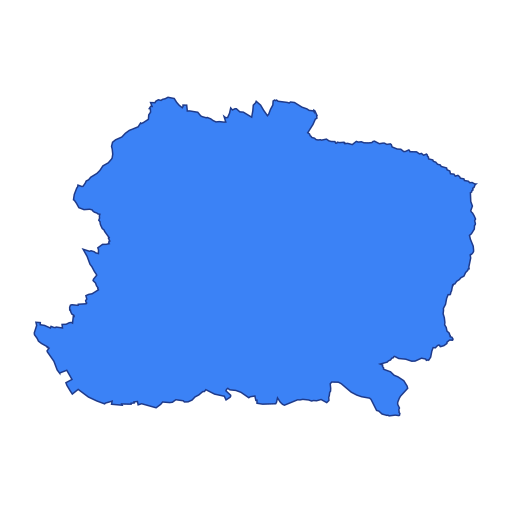 outline of Ciucsangeorgiu, Harghita, Romania, rotated 3°
{"feature_id": "2599482B775489854413", "entity_name": "Ciucsangeorgiu", "entity_type": "district", "adm_level": 2, "iso_a3": "ROU", "parent_name": "Romania", "parent_adm1": "Harghita", "projection": "mercator", "projection_center": [26.04, 46.348], "detail": "fine", "context": "isolated", "style": "filled", "palette": "blue", "viewbox_px": 512, "rotation_deg": 3, "n_neighbors": 0, "source": "geoboundaries", "source_scale": "gbopen_adm2", "svg_char_len": 6041}
<svg xmlns="http://www.w3.org/2000/svg" viewBox="0 0 512 512"><g transform="rotate(3 256 256)"><path d="M85.4,398.5L96.0,405.6L104.6,409.1L112.6,411.6L113.2,410.8L119.9,408.5L119.5,411.6L130.2,412.0L129.6,410.8L139.0,410.5L138.9,409.6L142.1,409.1L141.8,408.1L145.2,407.5L146.1,410.8L149.5,409.5L164.2,412.8L168.6,409.1L170.4,406.7L177.6,406.9L180.2,406.4L183.5,403.7L191.0,404.4L192.1,405.5L195.8,405.2L199.7,403.2L202.5,399.9L206.2,397.7L209.9,394.2L211.6,394.0L212.9,392.1L221.9,396.1L231.7,397.7L233.6,401.3L237.5,398.4L238.0,397.5L238.0,396.4L233.0,392.2L233.6,390.7L234.8,389.6L236.8,391.0L242.9,391.3L248.1,392.9L256.2,397.9L257.8,396.8L262.2,395.9L263.4,400.2L264.5,400.0L264.7,403.0L270.3,403.6L283.4,402.5L284.1,401.1L284.9,396.6L287.9,400.7L290.2,402.7L292.2,403.5L305.1,397.4L307.5,397.4L310.2,396.7L316.1,397.0L319.1,397.9L321.0,397.3L324.0,397.4L328.5,395.9L334.3,398.7L336.4,396.4L336.0,393.4L336.5,391.6L336.7,388.4L337.5,387.1L337.5,384.2L336.8,379.7L338.3,377.9L344.9,377.7L347.9,379.1L358.2,387.0L363.9,389.6L368.8,391.0L376.9,392.0L378.4,393.2L384.5,403.9L386.7,404.4L390.1,407.2L395.0,408.3L396.1,408.1L397.3,408.7L403.4,407.6L407.0,407.9L407.6,407.6L407.9,405.7L406.9,404.5L407.1,403.6L406.6,402.1L407.2,400.3L405.2,396.6L405.2,394.5L406.6,390.4L407.7,388.3L414.4,380.2L413.7,378.0L410.2,372.9L409.3,372.3L404.0,369.2L400.2,367.9L396.4,364.6L389.9,362.6L389.2,362.2L389.3,361.1L388.1,359.7L388.2,358.3L385.7,357.4L392.6,355.1L393.8,353.7L395.8,352.8L396.9,351.0L398.4,350.4L399.0,349.2L399.7,349.0L403.9,350.9L410.9,351.2L417.0,352.9L420.4,352.6L426.6,349.4L430.8,350.0L431.6,351.3L433.4,350.7L433.9,351.0L435.7,347.9L436.6,341.6L437.7,338.2L439.9,338.3L441.9,336.0L443.0,335.4L444.0,335.5L444.6,336.8L445.0,336.9L448.3,335.7L451.2,333.4L451.2,332.1L453.7,329.8L456.6,329.8L456.5,329.2L457.1,328.7L455.9,326.9L454.1,326.4L454.1,325.1L453.4,324.5L453.1,323.0L450.6,320.9L449.7,317.4L448.0,314.9L448.1,312.5L447.3,307.8L445.9,303.9L446.1,300.5L445.9,298.5L447.8,294.3L448.6,288.3L449.9,284.5L451.7,284.5L452.3,283.6L452.3,282.5L453.1,280.5L453.8,275.4L454.0,275.7L454.8,273.8L456.0,273.5L457.7,270.8L460.3,268.9L461.7,267.0L464.7,265.2L466.2,261.5L468.1,259.4L468.7,257.7L469.5,257.6L469.1,255.8L470.5,246.7L469.8,243.7L470.2,243.2L471.0,243.2L472.4,241.4L473.0,240.2L473.0,238.8L472.4,234.8L469.2,228.0L468.1,224.2L469.9,222.6L472.6,217.7L472.6,214.2L473.3,213.2L473.4,212.2L472.5,209.3L473.3,207.6L471.7,204.4L470.1,201.9L468.6,200.6L468.1,199.5L469.5,194.8L467.6,190.3L466.8,181.6L468.0,180.8L468.2,179.3L469.2,178.7L468.9,177.0L470.1,176.2L471.1,173.3L471.9,172.6L470.7,172.6L468.0,171.3L465.6,171.6L464.1,170.2L460.2,169.7L459.6,168.1L456.0,167.6L455.2,166.2L453.4,164.9L450.8,165.8L449.4,163.9L445.9,163.7L445.1,161.0L442.3,159.9L441.7,158.1L436.3,156.9L435.2,155.4L432.5,154.9L430.6,152.9L428.2,152.2L427.5,150.8L423.3,150.0L423.0,148.1L422.1,147.6L421.8,146.2L420.9,145.3L418.1,146.6L415.9,144.9L413.9,145.5L410.9,143.6L404.3,143.8L403.6,142.4L403.0,142.1L399.7,143.8L398.1,144.0L395.0,141.8L391.5,141.8L386.2,140.0L385.3,137.7L384.3,137.0L380.8,137.7L378.4,136.6L377.0,136.6L373.3,137.4L368.3,135.1L366.9,135.5L365.7,136.7L362.4,137.2L357.9,137.3L355.2,136.4L352.2,136.9L350.2,136.3L346.3,139.7L341.6,138.7L338.8,139.2L338.2,138.6L338.5,138.1L337.9,137.8L333.4,138.4L331.3,138.1L330.7,139.1L329.8,139.2L328.8,137.6L325.1,137.7L322.8,137.2L320.2,135.6L315.2,136.9L314.3,136.5L311.9,136.9L309.8,136.6L308.3,135.3L305.5,134.7L304.6,133.5L303.9,133.2L303.0,131.3L301.2,130.2L306.0,121.7L308.1,116.2L309.6,115.2L309.2,112.8L309.6,112.6L307.2,108.0L306.2,107.4L306.3,108.7L305.9,108.1L301.4,107.8L299.1,106.4L294.2,105.0L286.4,100.7L282.4,100.4L281.1,101.5L279.2,101.0L269.9,100.3L268.4,99.2L267.3,99.8L266.4,99.3L265.0,100.3L264.9,104.4L262.8,108.8L261.3,113.6L260.1,115.3L256.0,110.1L252.7,105.1L248.1,101.5L247.6,103.0L245.4,105.5L245.2,111.3L244.4,117.6L235.8,113.0L232.3,112.9L228.7,110.0L227.4,110.0L224.8,111.4L223.0,109.5L222.1,114.8L220.4,119.2L218.5,119.5L216.8,118.3L218.8,123.8L216.9,124.0L212.4,123.7L209.0,124.2L205.9,122.9L203.6,121.4L200.0,120.2L199.1,120.6L194.8,119.6L193.4,118.9L190.3,115.5L182.3,114.6L179.8,114.8L178.9,109.0L175.2,109.1L175.3,110.5L174.6,111.8L171.4,109.5L168.7,106.7L166.1,103.0L159.8,102.1L157.1,103.7L154.4,104.5L153.0,105.6L150.3,105.1L147.8,106.7L147.1,108.2L142.7,108.3L144.4,112.1L143.0,112.1L141.7,114.4L142.8,114.6L143.2,117.8L141.5,120.7L141.4,125.1L136.5,128.7L134.5,129.7L133.8,129.2L131.5,133.2L122.9,137.2L119.2,140.2L115.8,144.2L109.7,147.3L106.8,149.9L106.0,154.1L106.8,156.7L107.6,161.8L107.2,165.7L106.7,166.7L103.6,170.7L98.4,174.0L95.6,178.8L92.9,181.8L86.8,186.0L84.9,188.6L82.5,190.0L81.7,192.1L79.6,195.5L78.4,195.7L74.5,194.5L74.3,196.2L73.4,197.6L71.3,204.1L70.8,209.4L71.8,210.0L73.9,212.7L76.6,217.0L81.8,218.7L87.4,218.0L89.9,218.5L90.6,219.5L92.3,220.7L94.8,221.4L96.0,222.3L97.9,222.5L97.5,224.2L97.8,226.4L97.1,228.5L98.4,229.9L98.8,232.2L99.4,233.6L101.0,236.6L103.0,238.1L103.5,239.3L108.4,245.4L107.7,245.9L109.2,248.7L108.4,249.1L108.5,249.9L108.1,250.9L108.6,251.4L105.8,252.2L102.2,252.4L97.6,256.1L98.4,258.1L98.5,261.8L95.8,261.3L94.2,260.2L91.0,259.4L89.5,260.0L83.0,258.3L87.4,265.3L90.7,273.0L92.6,275.2L95.4,279.9L97.7,282.9L97.9,283.6L94.9,287.7L94.6,289.1L97.1,291.3L98.3,294.1L99.9,296.1L99.7,296.8L100.4,298.0L94.3,302.3L90.9,303.1L88.2,304.5L89.3,307.9L88.2,309.4L88.6,310.9L89.4,311.8L88.8,312.6L81.0,313.5L81.0,314.5L80.2,314.6L74.8,314.3L73.3,314.8L72.6,317.0L72.8,319.7L73.5,319.7L73.8,321.2L75.1,323.6L77.0,324.6L77.5,325.4L77.5,326.0L76.7,325.9L76.3,332.6L75.0,332.0L73.0,332.4L70.0,334.1L65.9,334.5L66.5,338.0L60.1,337.4L59.7,337.9L58.0,338.0L55.0,337.0L54.4,338.7L48.5,336.4L44.1,335.9L44.1,333.8L39.7,333.7L40.6,336.8L38.6,344.4L38.9,346.2L41.8,349.8L43.2,352.4L46.2,354.5L52.7,357.7L52.4,358.2L54.1,358.9L52.3,361.7L52.7,362.7L59.7,371.7L63.4,380.2L66.2,383.5L66.2,383.1L68.1,382.2L73.0,380.0L78.7,388.9L72.8,392.5L74.0,395.2L77.5,400.4L79.8,403.5L85.4,398.5Z" fill="#3b82f6" stroke="#1e3a8a" stroke-width="1.5"/></g></svg>